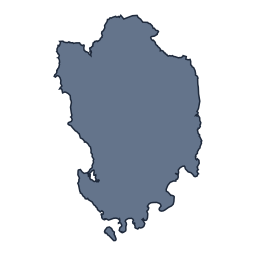 South West Malekula, Malampa, Vanuatu
{"feature_id": "77236927B2761964185252", "entity_name": "South West Malekula", "entity_type": "district", "adm_level": 2, "iso_a3": "VUT", "parent_name": "Vanuatu", "parent_adm1": "Malampa", "projection": "robinson", "projection_center": [167.511, -16.429], "detail": "fine", "context": "isolated", "style": "filled", "palette": "slate", "viewbox_px": 256, "rotation_deg": 0, "n_neighbors": 0, "source": "geoboundaries", "source_scale": "gbopen_adm2", "svg_char_len": 5735}
<svg xmlns="http://www.w3.org/2000/svg" viewBox="0 0 256 256"><path d="M59.7,41.4L60.3,42.2L60.4,43.0L59.6,45.2L58.2,45.4L58.5,45.9L58.1,45.8L58.2,46.3L57.0,48.9L57.0,51.3L56.7,51.5L57.7,52.9L57.9,53.8L58.4,53.8L59.3,55.5L58.7,57.3L58.0,57.7L58.4,57.8L59.4,60.0L59.6,62.4L59.1,63.1L59.5,64.5L58.7,67.7L57.8,68.7L57.4,70.0L56.8,70.2L56.8,72.5L55.8,74.1L54.9,74.7L54.2,76.4L55.5,77.1L56.4,76.1L57.4,75.6L58.9,76.2L60.0,77.7L60.9,80.5L60.6,83.4L61.8,85.7L61.7,86.4L60.5,87.3L59.6,88.9L61.0,88.6L61.9,89.5L62.6,92.9L64.8,92.0L66.0,92.3L68.3,93.6L70.2,95.6L70.5,99.3L71.2,100.9L71.4,102.7L70.5,107.2L71.4,113.4L71.8,114.6L71.7,116.1L70.7,117.0L71.4,117.6L72.2,119.6L71.4,121.4L68.4,122.6L67.9,123.9L68.6,124.7L71.4,126.0L72.0,127.1L75.3,130.8L76.9,131.7L78.8,133.7L79.2,133.7L80.4,137.9L82.6,139.0L84.5,141.2L84.4,142.0L85.1,142.2L85.6,141.9L86.4,142.4L88.1,144.0L89.3,146.0L90.4,146.9L91.1,150.1L91.0,152.8L92.3,154.3L92.1,156.6L93.8,159.2L93.2,160.5L93.5,162.5L92.1,165.5L92.3,167.1L92.1,167.7L90.0,169.4L89.1,171.2L87.7,172.5L87.8,173.0L88.6,173.5L89.8,173.4L92.0,170.9L93.5,170.1L94.0,170.3L94.2,172.3L93.9,172.7L93.8,175.1L94.8,175.3L95.7,174.8L95.8,175.6L95.3,177.8L96.0,178.9L95.9,179.8L97.6,180.2L98.6,179.9L99.1,180.3L98.4,181.7L96.5,181.7L95.6,180.8L94.7,181.5L93.8,181.4L91.7,179.6L90.8,179.7L90.0,178.8L90.1,178.1L89.8,177.8L90.1,176.5L88.5,176.4L88.4,175.4L89.0,176.0L90.1,175.5L90.3,174.7L89.8,174.1L88.5,174.2L87.1,172.8L84.0,173.4L82.0,171.8L80.4,169.5L78.4,170.0L78.1,170.8L77.9,174.8L79.5,178.1L78.9,179.4L78.8,181.7L77.8,183.2L78.6,185.2L79.8,191.2L80.5,192.3L80.3,192.9L81.7,193.7L83.2,196.2L84.7,197.3L85.2,198.7L86.5,199.0L87.7,198.4L88.3,199.6L92.2,202.0L93.8,204.8L95.4,205.9L95.8,206.8L97.2,208.1L97.5,209.5L98.5,210.6L99.7,211.3L100.2,212.0L101.8,210.8L103.2,211.9L103.4,212.9L103.0,214.2L101.4,213.9L101.1,214.8L101.7,215.3L101.8,217.6L102.5,218.8L104.3,219.8L104.8,219.6L104.5,219.3L104.8,218.8L106.0,218.8L108.6,220.1L113.6,218.3L116.0,218.1L117.9,218.6L119.3,219.9L119.6,219.3L119.9,220.9L119.5,222.3L118.5,222.7L118.5,223.3L120.0,222.7L120.7,223.0L121.8,225.3L121.5,226.4L119.9,227.6L119.2,230.4L120.5,231.8L121.6,231.7L121.4,232.2L121.7,232.5L122.4,232.7L123.6,232.2L125.6,230.9L125.9,229.9L125.8,226.8L126.5,224.3L126.2,222.9L125.2,221.3L125.9,219.9L128.2,218.5L131.6,218.3L133.0,219.3L133.5,220.2L132.7,221.5L132.9,223.2L133.5,223.7L134.6,223.0L134.8,223.2L134.5,224.6L135.1,226.3L135.0,227.6L135.4,228.0L137.8,229.0L139.2,227.5L140.7,228.0L142.6,227.4L143.9,226.2L144.8,223.6L143.2,220.7L142.1,219.6L143.2,218.6L144.3,220.3L145.8,220.4L146.5,220.0L147.2,218.7L147.5,217.7L147.8,213.7L146.8,211.2L148.1,209.9L148.8,207.9L148.3,207.0L147.6,207.0L147.4,206.2L149.0,203.9L150.8,202.8L153.1,202.5L156.8,202.4L159.4,203.4L160.4,204.2L161.1,206.0L159.5,208.0L159.1,209.1L159.3,209.8L160.0,210.7L161.3,211.1L163.1,210.9L164.9,210.0L168.5,207.4L171.5,205.9L173.2,204.2L173.9,201.4L174.2,196.7L173.5,195.9L171.4,195.2L170.9,195.4L168.0,192.1L166.4,191.3L166.2,189.3L167.8,185.3L170.1,182.4L173.4,181.0L175.8,181.1L176.1,179.5L177.5,179.0L178.2,177.2L178.1,175.0L175.6,173.6L175.1,173.9L175.8,173.4L178.2,174.3L178.6,172.5L178.3,169.9L180.1,167.7L182.5,166.3L184.3,166.1L184.8,166.7L185.4,168.9L188.2,171.9L190.8,172.6L192.8,174.4L193.9,176.1L195.1,176.7L197.0,176.1L197.8,174.2L198.5,173.8L197.3,172.3L197.0,171.3L197.3,170.4L198.3,169.7L197.6,168.7L197.5,167.3L197.1,167.0L199.2,163.3L198.9,160.3L197.3,158.8L196.7,159.6L196.5,159.1L195.7,159.0L195.5,157.1L195.9,156.8L195.5,156.3L196.1,154.5L197.4,153.4L197.4,151.6L198.3,150.3L198.5,149.5L200.0,147.9L200.1,146.5L201.5,143.2L201.1,141.5L201.8,140.9L199.6,136.4L199.2,136.1L199.7,135.0L198.2,133.4L197.4,129.9L198.1,129.2L198.2,128.3L199.2,128.2L200.3,126.5L200.0,125.4L200.1,124.4L200.5,124.2L200.8,122.6L199.8,120.6L199.7,117.8L198.3,115.6L197.1,116.1L196.3,115.4L195.7,115.5L196.4,114.6L197.8,114.2L198.1,112.5L197.0,111.6L198.5,108.4L199.8,101.2L198.6,94.0L198.3,87.2L197.8,84.3L197.6,78.6L198.0,78.2L197.3,76.3L195.5,75.0L195.6,73.6L195.0,70.5L193.6,67.6L192.1,66.8L191.6,65.5L190.7,64.8L190.7,61.4L190.1,59.4L188.1,59.8L185.8,59.1L186.3,56.6L183.1,55.6L182.7,56.5L181.0,57.7L180.1,57.5L178.5,57.8L174.9,56.6L173.5,56.5L172.6,55.6L171.0,56.0L169.7,55.6L168.2,56.1L166.9,55.1L166.9,54.5L165.4,53.9L165.1,53.0L164.2,52.8L163.4,51.3L161.8,50.5L160.3,50.8L160.5,49.4L159.5,48.0L157.6,46.4L157.4,45.7L156.4,45.1L155.6,44.0L155.2,42.3L153.4,40.2L152.6,40.5L151.3,39.2L150.7,37.7L151.3,36.6L154.4,36.1L157.2,34.4L157.1,33.8L158.5,31.6L158.2,31.1L157.6,30.6L156.0,30.4L154.2,28.2L153.2,28.4L152.2,25.8L150.1,23.7L148.4,23.3L147.7,22.4L142.8,22.2L140.6,19.2L138.1,17.4L137.1,15.4L132.5,15.7L123.8,19.0L120.8,15.4L120.6,15.9L119.5,16.6L119.3,17.2L118.3,16.5L118.0,16.9L116.3,17.1L115.7,16.3L112.4,17.4L111.3,18.1L110.1,17.8L108.7,19.5L107.5,19.5L107.1,21.5L104.6,25.5L104.8,27.9L103.4,30.6L101.9,31.8L101.6,33.6L102.4,35.5L101.9,36.4L102.0,37.2L100.3,38.5L100.3,39.3L99.7,40.0L97.9,41.3L97.4,41.5L97.0,40.9L94.6,41.5L94.7,42.0L93.0,43.1L93.1,44.4L92.6,45.1L92.9,45.9L92.6,46.3L91.7,46.8L91.1,47.7L90.1,47.7L89.7,48.3L90.2,50.5L89.9,51.5L90.1,51.9L91.2,51.3L91.4,52.5L90.6,53.9L90.9,55.7L88.9,54.0L88.6,52.9L86.4,51.7L85.8,51.8L85.0,51.2L84.8,50.5L84.0,50.1L83.8,47.8L84.2,45.7L83.9,45.0L83.2,45.0L82.3,45.6L81.1,45.0L80.7,44.3L79.8,43.6L79.6,42.9L75.9,42.9L73.4,43.4L72.8,42.7L70.9,42.8L69.8,42.2L69.6,42.5L68.8,41.9L67.7,42.6L65.6,42.5L63.6,41.9L63.0,41.2L59.7,41.4ZM105.9,233.1L106.8,233.4L107.6,234.8L109.1,235.7L113.7,240.6L115.1,240.6L116.0,239.8L116.0,238.7L114.8,235.5L114.2,234.7L114.3,232.1L112.7,230.8L111.6,228.5L109.4,227.0L107.1,227.5L104.9,230.3L104.5,231.8L104.9,232.5L105.0,232.1L105.9,233.1Z" fill="#64748b" stroke="#1e293b" stroke-width="1.5"/></svg>